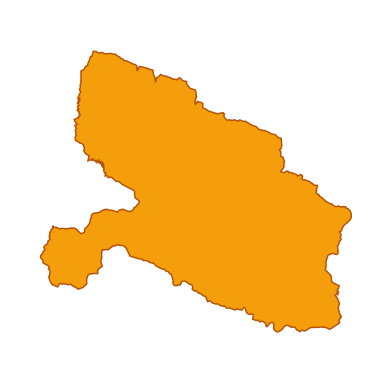 Mae Mo, Lampang, Thailand (Albers equal-area conic projection), rotated 265°
{"feature_id": "78962969B1681063104850", "entity_name": "Mae Mo", "entity_type": "district", "adm_level": 2, "iso_a3": "THA", "parent_name": "Thailand", "parent_adm1": "Lampang", "projection": "albers", "projection_center": [99.839, 18.409], "detail": "fine", "context": "isolated", "style": "filled", "palette": "amber", "viewbox_px": 384, "rotation_deg": 265, "n_neighbors": 0, "source": "geoboundaries", "source_scale": "gbopen_adm2", "svg_char_len": 5910}
<svg xmlns="http://www.w3.org/2000/svg" viewBox="0 0 384 384"><g transform="rotate(265 192 192)"><path d="M109.2,49.9L112.0,51.9L112.4,53.3L111.5,54.6L111.9,56.6L110.5,60.4L110.6,63.4L108.4,65.5L107.0,68.0L105.1,70.1L106.4,75.1L109.6,79.1L115.0,79.6L118.6,81.4L119.2,83.3L119.4,87.8L118.9,89.9L119.2,91.1L121.3,91.0L123.3,91.9L125.8,96.1L131.1,95.0L134.6,96.5L138.5,96.5L142.3,97.6L141.9,103.6L145.1,108.4L145.0,110.3L145.9,112.9L144.8,116.6L144.8,118.7L141.9,121.5L133.5,124.7L130.1,133.2L129.4,136.5L127.9,137.6L127.6,141.1L125.5,143.8L124.2,147.9L122.1,149.1L120.1,151.8L117.5,156.3L117.5,157.7L115.4,159.3L114.8,161.4L113.1,162.3L111.5,164.2L106.0,165.4L102.7,165.1L100.4,166.2L100.1,169.5L100.9,170.5L100.3,171.8L101.5,173.0L103.4,173.6L104.0,175.2L103.9,177.3L100.3,181.6L99.6,183.9L96.7,184.4L95.4,183.7L94.0,184.7L93.0,186.2L93.0,188.1L90.8,189.4L90.2,191.4L87.7,194.1L86.8,196.3L81.4,198.1L82.1,200.3L79.6,202.8L78.5,205.5L78.0,208.6L76.4,210.4L75.4,213.5L75.6,214.5L73.4,216.3L72.8,220.3L70.9,224.1L70.8,225.0L71.8,226.4L70.6,228.6L70.8,230.0L70.0,230.9L70.6,232.2L72.4,233.3L72.4,234.0L71.5,234.9L67.4,235.7L66.2,236.6L65.1,238.3L65.2,241.6L64.4,242.1L63.4,242.3L60.0,241.3L58.5,244.6L58.4,246.8L56.6,248.2L57.2,250.1L56.7,251.8L54.2,254.2L52.3,254.0L51.5,254.4L51.4,255.1L54.6,258.3L55.2,260.5L54.9,261.0L53.1,262.1L48.9,261.4L47.1,262.2L45.1,264.5L45.4,266.3L46.7,269.0L48.0,270.7L50.2,272.3L50.9,274.9L50.4,276.7L48.5,279.2L48.7,281.7L48.2,283.0L45.8,284.0L43.5,287.4L44.7,288.9L43.8,292.8L46.7,298.2L46.1,306.9L46.4,309.3L45.7,310.6L46.0,312.2L43.2,317.3L48.2,326.8L48.8,326.7L49.3,327.7L51.8,327.3L53.7,329.3L53.9,328.9L54.8,329.7L55.7,329.6L56.3,328.9L63.3,327.5L66.4,328.2L67.5,329.2L69.1,328.9L74.1,327.3L76.5,325.6L77.7,327.2L77.1,328.3L78.2,328.2L79.1,329.2L79.8,327.9L80.7,328.9L82.2,328.3L83.2,329.4L85.7,330.4L90.1,323.4L96.7,323.1L102.9,318.0L106.3,319.1L110.5,319.3L116.6,321.6L117.4,322.4L118.6,326.8L117.2,330.4L117.5,331.8L120.0,332.3L125.7,332.3L127.4,333.7L129.7,334.4L131.6,336.5L133.2,335.7L134.9,336.5L137.1,336.7L139.4,335.4L140.4,337.7L142.1,338.1L145.3,340.1L148.5,344.7L151.2,347.6L153.4,348.5L157.2,348.6L159.1,348.0L161.6,346.1L162.6,344.2L164.0,343.7L163.8,341.9L164.4,341.3L164.1,339.2L165.4,336.3L164.7,334.8L165.5,332.5L168.0,330.1L168.7,327.8L171.5,324.1L175.5,320.5L176.4,318.9L178.4,318.0L179.1,316.3L180.1,315.8L181.2,315.8L182.7,316.5L183.8,316.0L186.7,317.6L187.6,317.4L188.2,314.1L190.0,312.8L190.6,311.4L191.8,310.7L194.0,306.2L194.8,303.0L195.7,302.5L198.1,303.6L199.4,302.7L199.9,301.1L198.6,298.6L200.1,297.8L202.2,293.6L203.2,290.0L204.0,289.8L204.7,288.5L203.3,285.8L204.2,282.3L205.1,282.4L208.2,285.4L210.3,286.0L212.7,286.0L214.0,286.8L218.5,285.7L220.0,283.4L224.5,284.0L225.8,282.9L226.6,283.1L227.1,284.3L230.3,285.5L237.4,285.5L238.0,284.9L238.7,282.5L241.2,280.7L242.6,278.1L242.9,276.0L244.3,274.4L246.8,270.1L247.8,265.8L249.2,263.3L251.3,261.9L254.0,256.3L257.9,251.2L257.9,249.0L259.7,245.8L258.8,245.1L258.7,244.1L260.3,240.0L259.6,238.0L260.5,236.4L260.6,233.2L263.1,230.8L264.9,230.4L266.8,231.0L268.3,229.9L267.7,224.0L271.4,215.1L272.9,213.7L275.0,209.9L279.0,210.5L280.3,209.3L280.9,206.9L281.9,205.7L279.1,203.1L280.4,202.6L284.7,203.9L286.1,204.9L287.5,204.2L288.4,204.8L293.2,204.3L295.4,199.2L299.9,196.0L302.6,196.2L303.5,192.7L306.6,190.2L306.6,188.5L305.1,187.3L306.3,182.5L308.2,179.7L308.6,177.5L309.7,176.6L309.7,174.9L311.8,170.9L309.6,168.4L309.1,166.9L307.4,166.0L305.2,165.8L305.1,165.4L310.3,164.7L311.8,163.9L317.0,163.6L317.2,162.1L318.9,158.7L321.7,151.1L321.4,150.5L317.8,148.1L318.3,147.7L321.8,148.2L323.7,146.9L324.8,144.0L328.0,139.0L328.8,136.1L330.9,134.1L331.1,132.8L332.7,131.8L334.6,128.8L336.0,127.7L336.1,125.5L337.1,123.4L337.2,117.2L338.8,114.9L338.8,112.8L338.2,111.7L340.3,108.8L340.8,106.0L335.9,104.1L335.9,102.6L334.6,102.5L334.0,101.7L332.8,101.6L329.0,99.5L327.4,99.2L325.9,96.5L323.0,94.8L322.6,92.3L322.2,92.0L310.8,90.9L307.5,89.8L305.6,89.9L303.8,88.8L301.6,89.8L296.9,87.1L295.7,87.3L295.1,88.6L294.3,88.0L293.2,88.0L294.5,86.7L292.1,87.3L291.5,86.1L290.4,85.8L290.4,86.7L289.0,86.3L288.1,86.8L287.3,85.4L284.3,86.4L284.5,85.4L283.8,84.8L281.8,85.9L281.7,86.6L280.6,86.4L280.2,86.9L279.2,86.4L278.2,87.3L277.1,85.4L276.2,85.9L275.6,85.6L275.6,84.1L274.5,81.0L272.6,81.4L271.7,82.3L270.2,82.5L269.5,83.6L268.3,81.1L265.4,82.4L263.6,81.1L262.1,81.6L259.3,81.3L258.4,81.6L256.7,80.4L253.6,80.4L251.6,83.5L250.6,84.3L250.2,86.1L248.0,88.2L246.4,88.1L245.4,88.8L242.6,87.8L240.4,88.7L239.7,89.7L239.0,89.7L237.1,92.6L232.1,91.1L232.3,91.9L233.2,92.3L232.4,94.9L233.5,95.4L233.7,96.1L233.3,96.6L232.4,96.3L231.8,97.1L231.9,98.3L230.7,98.7L231.7,99.9L229.6,100.0L230.4,100.9L229.3,102.0L231.3,102.4L229.0,103.2L230.0,103.6L229.7,105.1L228.3,105.1L228.3,106.0L227.8,106.4L226.6,105.7L228.1,104.7L228.0,104.2L225.9,104.5L225.5,105.0L225.7,106.3L224.1,105.4L223.5,106.7L222.3,106.0L219.3,106.2L218.4,106.9L218.3,107.8L215.6,106.8L215.7,108.7L213.6,109.7L213.8,112.6L213.2,113.8L209.4,117.1L208.9,118.6L208.9,120.2L205.6,123.2L198.6,134.2L197.6,134.9L194.0,134.5L191.0,135.0L187.6,138.7L184.7,137.8L184.4,136.5L182.9,135.5L181.3,132.8L179.7,132.1L178.1,129.6L178.1,127.4L180.9,121.4L180.1,117.4L178.4,115.9L180.7,111.2L180.9,109.3L182.3,105.1L181.6,101.4L179.6,97.3L179.3,91.6L177.5,89.7L175.4,89.4L173.9,88.5L170.2,87.5L167.2,85.1L164.3,81.7L161.7,81.8L160.1,78.5L160.3,77.7L162.4,75.6L164.8,74.0L166.3,71.5L166.6,68.1L166.2,63.7L167.2,59.0L166.7,57.0L168.5,54.0L168.9,51.6L170.2,50.6L169.9,50.2L167.8,50.3L166.8,48.4L165.6,48.2L164.1,46.8L162.5,46.9L161.2,46.0L159.9,46.4L159.0,45.8L157.2,46.5L155.7,44.3L153.3,43.7L150.8,40.0L149.8,39.6L147.2,40.4L145.5,38.4L144.0,37.8L141.5,35.6L140.2,35.4L139.0,35.8L137.4,37.5L134.3,37.5L130.6,43.0L129.6,43.1L128.5,42.4L127.0,42.8L125.7,43.9L121.7,42.9L119.7,41.9L114.5,43.2L111.9,44.7L109.2,49.9Z" fill="#f59e0b" stroke="#b45309" stroke-width="1.5"/></g></svg>